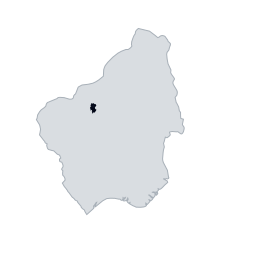 Kafur, Katsina, Nigeria shown in context, rotated 320°
{"feature_id": "59680162B10083289652159", "entity_name": "Kafur", "entity_type": "district", "adm_level": 2, "iso_a3": "NGA", "parent_name": "Nigeria", "parent_adm1": "Katsina", "projection": "orthographic", "projection_center": [7.693, 11.624], "detail": "fine", "context": "in_parent", "style": "filled", "palette": "ink", "viewbox_px": 256, "rotation_deg": 320, "n_neighbors": 0, "source": "geoboundaries", "source_scale": "gbopen_adm2", "svg_char_len": 5045}
<svg xmlns="http://www.w3.org/2000/svg" viewBox="0 0 256 256"><g transform="rotate(320 128 128)"><path d="M199.9,58.4L206.7,67.6L208.3,74.5L208.9,77.9L210.0,78.3L212.1,78.4L213.6,79.1L214.5,80.2L215.1,81.2L215.2,81.8L214.9,86.0L214.4,87.5L214.7,89.6L214.7,90.4L214.5,91.0L213.6,91.8L212.3,92.5L209.4,94.5L208.5,94.8L207.3,94.9L206.2,95.4L204.9,96.5L202.2,100.5L199.9,104.6L198.2,111.1L196.2,113.1L195.8,114.9L195.5,119.0L195.2,120.2L194.9,120.5L192.6,121.3L191.3,122.3L190.6,124.1L189.6,130.4L189.3,131.4L188.6,132.5L187.4,133.6L186.4,134.3L183.8,134.8L181.3,139.5L181.3,140.3L180.3,144.5L178.4,147.8L178.3,149.8L175.9,152.7L174.6,154.6L175.9,156.6L176.1,156.9L171.9,160.3L171.7,160.8L171.5,163.2L171.2,163.8L170.5,164.7L169.3,165.6L168.2,166.4L166.9,166.9L165.7,167.1L165.0,166.8L164.6,166.1L163.9,163.2L163.5,162.6L162.7,162.1L159.5,159.0L157.5,157.9L157.1,158.0L156.8,158.3L156.3,159.9L155.7,160.5L154.7,160.7L152.9,160.7L151.6,160.5L151.4,160.2L150.7,159.0L146.8,161.8L145.4,162.5L143.6,165.9L141.1,167.6L139.4,169.1L134.8,173.7L133.8,175.1L132.9,177.1L131.0,185.7L127.8,191.1L127.3,192.3L127.1,192.2L126.7,192.7L125.5,192.4L124.9,191.4L124.2,191.3L122.8,189.8L122.5,190.0L124.0,193.8L123.4,195.2L119.5,195.3L116.1,195.7L113.8,195.7L112.6,195.2L112.1,193.8L111.9,193.9L111.8,194.7L111.1,195.3L108.5,195.4L107.3,194.4L106.4,193.3L105.4,192.9L105.5,193.3L106.7,194.4L106.5,195.9L104.4,197.6L103.1,197.7L102.3,196.9L101.9,195.7L101.6,193.9L101.1,192.7L100.8,192.7L101.2,194.7L101.2,196.5L102.2,197.9L100.6,198.4L98.8,198.4L98.6,197.9L98.3,196.7L98.0,196.4L97.6,198.4L93.8,198.9L93.3,198.8L93.2,198.5L93.5,197.9L93.4,197.0L92.6,197.7L92.4,199.1L92.0,199.3L90.5,199.1L89.0,198.4L86.4,196.6L83.3,193.8L82.8,192.5L81.9,190.9L80.3,186.6L80.6,186.4L81.3,186.7L81.7,186.3L80.4,186.0L80.1,185.7L80.0,184.7L80.1,183.5L82.0,183.0L82.5,182.3L82.8,181.5L80.3,182.6L78.1,181.4L77.6,180.6L77.8,180.1L80.5,180.0L81.4,179.5L80.8,179.3L79.8,179.3L79.5,178.9L79.5,178.1L79.2,178.3L78.7,179.0L77.2,179.6L76.3,179.0L76.2,177.7L76.0,177.2L75.3,176.7L72.6,173.3L69.3,170.4L66.3,168.4L61.8,167.5L52.4,167.4L51.8,167.1L52.4,166.6L53.2,166.4L56.3,164.8L55.8,164.6L52.6,165.5L51.5,165.6L50.1,167.5L40.8,167.8L40.9,166.9L41.3,164.4L41.9,162.7L41.3,160.6L41.2,158.7L41.6,158.1L41.7,157.4L41.7,152.6L42.2,151.8L42.2,151.4L41.2,149.3L41.3,147.7L41.1,146.1L40.8,145.4L41.2,139.5L41.1,138.0L41.4,137.0L41.6,134.4L41.6,131.9L42.3,128.0L46.3,127.5L47.3,126.0L47.8,124.0L47.7,122.1L49.0,120.4L50.6,118.9L50.5,117.3L50.9,116.8L51.7,116.4L52.7,116.2L53.9,115.4L54.6,114.0L55.3,111.7L54.3,110.0L54.3,109.7L54.7,108.8L55.3,108.0L55.8,107.7L57.0,107.9L57.3,107.6L58.1,105.0L58.0,104.4L57.0,102.6L56.5,98.0L56.2,97.4L55.4,96.5L53.2,93.2L53.3,91.7L54.2,89.7L54.8,88.8L55.7,88.3L55.9,87.8L55.6,87.3L55.2,86.8L55.1,85.9L55.6,84.7L55.5,83.4L55.8,76.4L57.6,75.0L60.2,72.8L61.5,70.4L62.3,68.7L63.2,62.7L64.6,62.1L67.2,59.9L70.8,58.7L73.1,58.3L77.1,58.6L79.1,58.4L80.8,57.2L81.6,56.9L82.7,56.7L92.7,59.9L93.6,59.7L94.4,60.0L95.6,60.8L98.6,63.7L101.6,68.2L102.6,69.1L103.6,69.7L104.5,69.9L105.3,69.8L106.0,69.4L107.0,68.5L108.5,68.1L109.7,68.2L115.9,64.8L116.5,64.7L120.4,65.5L125.6,68.9L129.9,71.1L132.9,71.9L136.4,72.4L142.4,72.5L146.9,67.7L148.6,66.6L150.6,65.6L154.8,64.7L161.8,64.0L168.4,64.2L172.4,65.0L176.8,66.5L178.6,68.0L181.5,68.2L183.6,67.8L184.3,66.3L186.3,64.3L189.4,62.4L191.9,61.1L194.0,60.5L195.8,59.0L197.3,58.5L199.9,58.4ZM108.7,197.3L107.3,197.7L106.3,197.6L107.6,195.7L108.3,196.1L109.1,196.3L108.7,197.3Z" fill="#d9dde1" stroke="#a8b0b8" stroke-width="1"/><path d="M114.6,93.2L114.5,92.8L114.5,92.7L114.4,92.6L114.3,92.4L114.3,92.0L114.4,91.9L114.6,91.6L114.8,91.4L114.9,91.2L114.7,90.9L114.7,90.7L114.8,90.7L115.0,90.6L115.2,90.4L115.3,90.4L115.5,90.3L115.6,90.2L115.8,90.2L116.0,90.2L116.0,90.3L116.0,90.2L116.3,90.1L116.5,90.1L116.8,90.0L116.9,89.9L117.0,89.9L117.3,89.9L117.5,89.9L117.6,89.7L117.4,89.7L117.5,89.6L117.5,89.4L117.4,89.3L117.5,89.3L117.5,89.2L117.4,89.1L117.2,89.0L117.2,88.9L117.1,88.7L117.1,88.4L117.0,88.2L116.9,87.7L116.9,87.4L116.7,87.3L116.6,87.2L116.4,87.2L116.2,87.2L115.9,87.1L115.7,87.0L115.6,86.8L115.5,87.0L115.4,86.9L115.2,86.9L114.9,86.9L114.8,87.1L114.4,87.2L114.3,87.3L114.5,87.5L114.4,87.8L114.2,87.9L114.3,88.1L114.3,88.4L114.1,88.6L113.9,89.0L113.6,89.1L113.4,89.1L113.2,89.2L113.0,89.3L113.0,89.2L112.9,89.0L112.9,88.9L112.6,88.6L112.4,88.7L112.4,89.1L112.4,89.3L112.2,89.5L112.3,89.7L112.2,89.8L112.3,89.8L112.5,89.9L112.5,90.0L112.5,90.3L112.7,90.2L112.8,90.2L113.0,90.1L113.3,90.3L113.5,90.3L113.5,90.5L113.4,90.5L113.5,90.6L113.6,90.8L113.7,91.0L113.8,91.1L113.7,91.2L113.7,91.3L113.4,91.3L113.3,91.2L113.2,91.3L113.2,91.2L112.9,91.0L112.9,91.4L112.8,91.5L113.0,91.6L112.9,91.8L112.9,92.0L112.7,92.1L112.4,92.0L112.2,92.2L111.8,92.3L111.8,92.7L111.7,92.9L111.4,93.2L111.7,93.2L111.8,93.2L112.0,93.1L112.3,93.1L112.4,93.3L112.5,93.3L112.8,93.4L113.0,93.4L113.0,93.6L113.0,93.8L113.2,93.7L113.3,93.6L113.5,93.4L113.8,93.6L114.2,93.5L114.3,93.3L114.5,93.2L114.6,93.2Z" fill="#0f172a" stroke="#020617" stroke-width="1.5"/></g></svg>